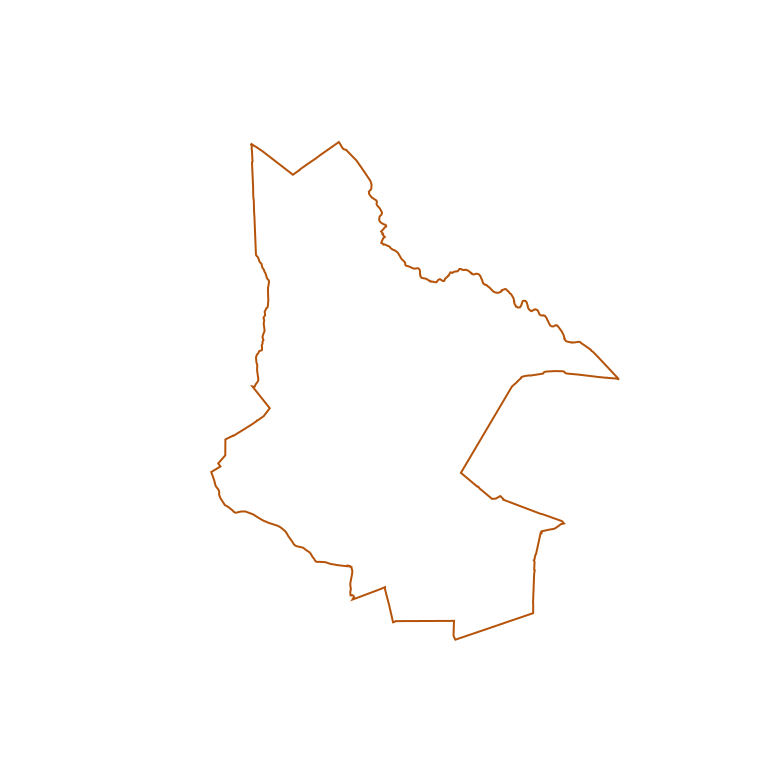 the district of Nieuwkoop, Zuid-Holland, Netherlands, rotated 237°
{"feature_id": "6326949B12363687207938", "entity_name": "Nieuwkoop", "entity_type": "district", "adm_level": 2, "iso_a3": "NLD", "parent_name": "Netherlands", "parent_adm1": "Zuid-Holland", "projection": "equal_earth", "projection_center": [4.798, 52.168], "detail": "fine", "context": "isolated", "style": "outline", "palette": "amber", "viewbox_px": 768, "rotation_deg": 237, "n_neighbors": 0, "source": "geoboundaries", "source_scale": "gbopen_adm2", "svg_char_len": 6130}
<svg xmlns="http://www.w3.org/2000/svg" viewBox="0 0 768 768"><g transform="rotate(237 384 384)"><path d="M233.8,246.3L229.9,244.4L227.9,242.4L225.0,240.8L224.5,241.4L224.4,242.2L222.9,243.1L221.2,242.7L221.2,241.9L220.9,241.8L220.9,241.0L220.6,240.9L220.4,240.4L219.5,244.0L216.7,256.8L214.0,269.0L213.1,274.2L211.1,273.0L194.7,267.5L179.2,261.8L178.8,263.0L178.8,264.6L147.2,313.7L135.5,305.5L134.0,305.0L130.7,304.6L110.6,384.3L118.7,389.6L119.3,389.8L122.7,392.2L143.1,406.6L145.7,409.0L146.3,408.7L153.0,413.5L154.6,413.6L154.6,414.0L154.9,414.6L158.4,418.1L158.6,418.9L173.9,434.4L173.1,434.9L173.5,435.4L174.6,435.9L172.2,442.4L170.0,447.6L169.7,449.5L169.9,450.5L169.8,451.9L170.1,456.1L169.0,459.0L172.2,458.5L188.9,445.7L189.6,444.8L221.9,421.1L222.1,421.5L226.7,420.5L227.0,415.4L228.7,412.1L244.2,407.3L246.2,407.2L246.9,406.9L247.0,406.4L267.6,400.1L312.2,489.9L313.1,496.0L313.3,497.1L313.5,497.4L314.3,502.1L314.7,502.3L314.9,503.4L314.1,506.1L312.4,509.9L311.7,511.1L311.4,511.2L306.2,522.8L306.1,523.2L306.3,523.5L306.7,524.3L306.7,525.1L306.0,527.0L301.6,534.6L297.1,541.2L296.8,541.5L295.8,541.9L294.3,542.1L293.3,542.9L286.4,551.7L272.3,568.6L267.9,574.1L267.9,574.5L266.9,575.4L261.9,582.0L261.2,582.6L259.8,583.4L261.6,583.3L289.5,578.3L297.1,576.8L299.4,575.9L299.7,576.1L300.6,575.9L311.1,571.6L312.2,571.4L312.9,570.9L313.3,570.3L315.4,565.8L317.5,563.1L317.4,563.1L319.6,560.9L321.1,559.9L322.4,559.9L324.0,560.3L324.1,560.1L324.3,560.4L327.0,561.2L331.0,561.7L336.5,561.4L338.6,561.2L339.4,560.5L339.3,560.3L339.7,560.1L340.0,558.7L340.0,557.6L340.2,557.0L341.3,555.8L342.4,555.3L345.9,555.5L347.3,555.9L348.9,555.8L350.1,556.2L351.4,556.3L352.0,556.1L353.4,556.2L354.5,555.3L354.4,555.2L356.0,553.1L357.3,552.4L358.1,552.4L359.8,552.7L361.0,552.8L361.9,553.0L362.8,552.6L363.5,552.0L364.0,551.9L364.5,551.0L364.6,549.4L364.9,547.8L364.7,547.6L365.5,546.8L367.8,546.2L368.7,546.4L369.3,546.3L371.1,546.9L371.2,547.1L374.7,548.1L375.6,548.1L376.8,547.7L377.9,546.2L378.0,545.6L377.3,544.5L375.2,541.9L374.2,539.8L375.2,538.0L376.7,537.3L377.0,536.9L377.3,537.1L378.0,537.0L380.4,537.2L381.4,537.6L381.8,538.0L382.5,538.3L382.7,538.1L384.4,539.0L385.8,539.4L390.2,539.5L391.6,538.9L393.5,538.8L395.5,538.2L396.3,538.2L397.3,537.8L397.5,537.6L397.8,537.0L398.0,535.9L398.1,535.4L398.4,534.3L398.2,534.3L398.2,533.3L397.8,533.1L397.7,531.8L398.2,529.8L398.5,529.0L400.5,526.9L402.3,526.0L408.0,524.9L409.9,524.0L410.6,524.1L411.8,523.3L412.1,522.8L413.0,522.6L414.1,522.0L416.4,522.4L416.5,522.6L418.7,523.1L419.3,523.0L421.3,523.5L423.5,523.5L425.1,522.8L426.4,521.2L426.5,520.1L427.4,518.4L428.5,517.8L429.1,517.9L429.6,517.7L429.4,517.4L432.0,516.8L433.4,516.2L435.0,515.1L435.7,514.2L435.6,513.8L436.8,512.2L438.1,511.3L438.5,511.2L439.3,510.1L439.3,509.6L438.6,507.9L438.5,507.2L438.8,506.5L439.2,505.9L439.1,505.7L440.0,503.9L439.9,502.2L440.0,501.7L441.2,501.0L441.4,500.5L440.9,499.3L439.8,497.6L439.7,497.1L439.9,496.9L439.9,496.6L439.3,495.4L439.1,492.7L437.9,491.0L437.7,490.4L438.1,489.6L441.2,488.2L441.6,487.6L441.7,487.0L441.7,486.0L440.8,483.4L441.9,481.8L443.2,480.8L443.6,480.1L443.9,479.9L444.2,479.2L444.8,478.7L445.1,479.0L445.4,478.9L446.1,478.1L448.7,477.0L449.7,476.3L452.2,473.6L452.7,473.3L454.7,473.3L454.7,473.5L456.8,474.1L458.3,475.3L460.1,476.0L461.3,476.1L462.2,475.8L462.9,475.1L463.8,473.0L464.8,471.6L468.7,469.1L469.9,468.2L470.5,467.5L471.6,466.8L472.4,466.8L474.3,467.8L476.5,467.5L478.9,466.8L485.7,467.1L487.0,467.0L489.9,466.0L491.8,464.6L494.1,463.6L495.8,463.5L496.5,463.3L501.1,460.2L501.2,459.5L502.3,459.5L503.5,458.5L504.0,458.7L504.6,459.5L506.8,462.9L506.8,464.7L510.3,464.2L510.5,465.0L513.5,464.7L514.3,468.2L514.9,469.6L514.9,471.1L515.2,471.9L516.7,472.0L517.3,471.3L519.1,470.2L521.4,469.2L522.7,469.0L524.5,469.4L525.6,470.5L526.5,471.1L526.9,471.7L527.4,474.0L527.7,474.6L528.6,475.5L529.5,475.8L533.7,476.1L536.6,475.6L538.2,475.5L539.3,476.0L540.7,477.3L541.4,477.5L542.8,477.3L544.5,476.5L544.8,476.2L546.4,475.8L546.7,475.4L550.2,475.0L551.8,475.1L552.4,475.7L553.5,476.0L554.4,479.3L554.7,479.7L557.9,482.1L561.5,483.2L575.5,483.0L586.6,482.6L600.4,479.8L600.7,479.9L603.2,477.9L605.9,477.7L607.8,477.9L611.5,477.9L610.7,454.9L610.3,449.6L610.1,439.7L609.8,431.0L609.5,430.3L609.1,421.6L645.3,408.9L652.4,405.9L655.7,404.3L655.6,404.1L657.4,403.6L657.2,402.9L656.1,403.0L653.0,400.9L651.7,400.4L643.1,395.4L642.3,395.1L641.8,394.0L619.8,381.1L615.3,378.2L611.0,375.7L608.9,374.8L598.8,368.6L595.0,366.5L562.3,347.1L561.2,346.9L558.7,347.3L554.1,346.2L551.5,346.7L549.5,345.9L547.8,345.4L545.2,345.5L543.9,345.0L541.5,344.9L537.0,343.6L535.3,343.5L533.7,343.8L532.1,343.1L529.0,340.3L528.1,339.3L525.9,337.8L517.3,332.6L513.0,329.3L511.7,328.0L511.4,326.1L510.4,324.8L509.9,323.6L509.4,323.2L506.5,321.8L505.4,319.4L505.0,318.9L502.8,318.3L500.2,316.0L494.3,313.2L493.3,312.4L491.6,310.0L489.8,307.9L489.2,307.5L486.5,306.8L485.7,305.2L484.1,304.2L482.9,302.4L481.4,301.8L479.1,300.3L478.9,299.7L479.4,297.9L479.4,296.9L478.2,295.1L477.9,293.4L475.9,291.0L471.4,288.7L469.1,288.1L464.4,284.9L457.1,281.5L455.6,280.6L454.6,279.0L453.6,276.1L452.3,274.4L452.5,273.5L453.6,272.3L425.9,275.0L422.6,265.7L422.5,264.2L422.3,258.1L422.6,257.7L422.3,257.3L422.1,252.0L422.5,229.7L422.6,229.3L422.9,229.3L423.9,220.8L410.6,212.0L407.7,201.7L403.9,201.9L404.3,191.2L395.6,189.1L390.7,187.4L388.9,187.3L386.4,187.6L384.1,187.4L382.8,186.8L381.2,185.5L379.3,185.0L376.7,184.6L369.1,184.6L366.4,186.1L364.8,186.7L361.2,187.9L358.1,188.6L357.2,189.1L356.6,189.9L355.0,194.5L353.3,197.3L352.6,198.3L346.0,203.2L340.5,205.7L335.7,208.1L333.7,209.3L332.6,210.3L330.9,211.2L322.9,217.7L320.1,219.2L314.4,221.0L312.4,221.1L308.4,220.9L302.2,221.2L298.6,221.1L297.4,221.4L295.7,222.2L292.6,225.3L290.6,227.1L287.0,228.3L283.6,229.8L282.2,230.1L277.8,229.9L275.4,230.2L273.2,230.0L272.0,230.3L270.8,231.6L270.2,232.8L266.4,237.9L263.5,240.1L261.4,242.0L259.7,244.0L257.8,245.9L251.0,254.1L251.6,254.5L250.0,256.2L249.4,255.9L248.3,257.1L247.5,256.6L244.4,255.6L243.7,255.1L241.9,253.6L235.1,247.1L233.8,246.3Z" fill="none" stroke="#b45309" stroke-width="2"/></g></svg>